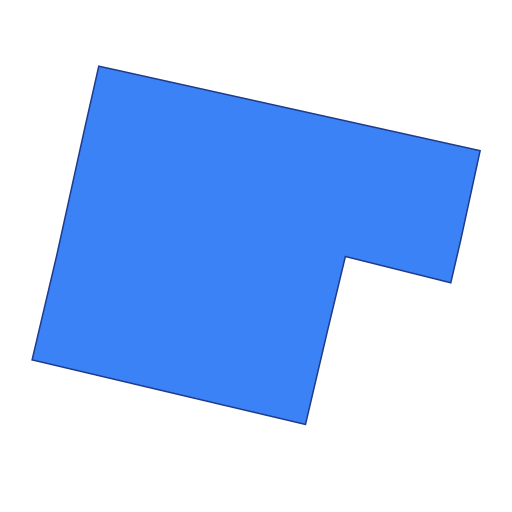 Fayette, Indiana, United States of America (orthographic projection), rotated 103°
{"feature_id": "52423323B31506372049055", "entity_name": "Fayette", "entity_type": "district", "adm_level": 2, "iso_a3": "USA", "parent_name": "United States of America", "parent_adm1": "Indiana", "projection": "orthographic", "projection_center": [-85.152, 39.657], "detail": "fine", "context": "isolated", "style": "filled", "palette": "blue", "viewbox_px": 512, "rotation_deg": 103, "n_neighbors": 0, "source": "geoboundaries", "source_scale": "gbopen_adm2", "svg_char_len": 312}
<svg xmlns="http://www.w3.org/2000/svg" viewBox="0 0 512 512"><g transform="rotate(103 256 256)"><path d="M407.6,450.8L408.6,255.8L409.0,169.9L310.2,169.5L236.4,168.8L238.3,60.2L195.2,60.1L103.0,61.3L106.4,451.9L171.2,451.6L300.1,450.3L407.6,450.8Z" fill="#3b82f6" stroke="#1e3a8a" stroke-width="1.5"/></g></svg>